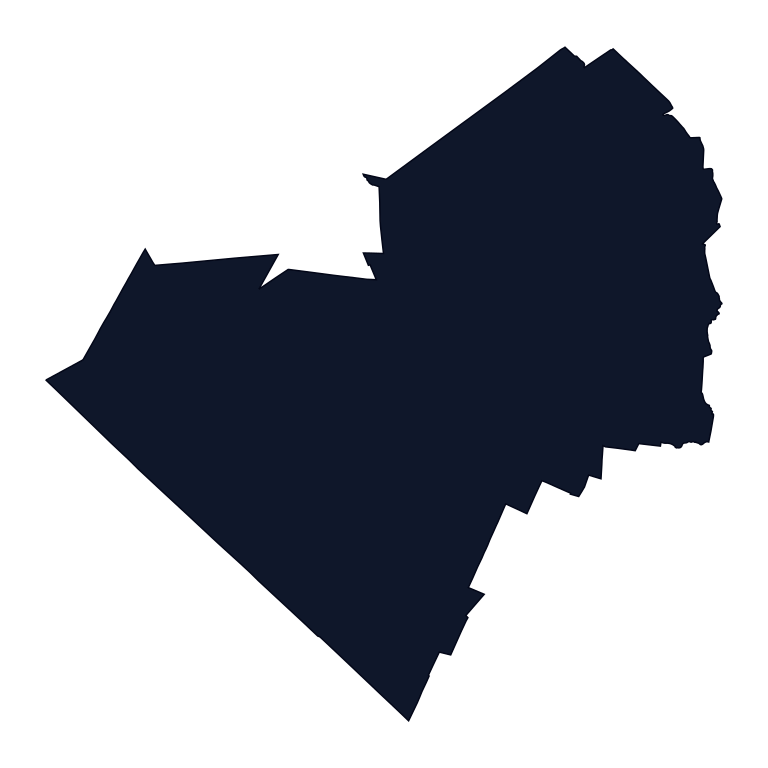 outline of Thoi Lai, Hau Giang, Vietnam
{"feature_id": "81297802B52248438909521", "entity_name": "Thoi Lai", "entity_type": "district", "adm_level": 2, "iso_a3": "VNM", "parent_name": "Vietnam", "parent_adm1": "Hau Giang", "projection": "orthographic", "projection_center": [105.583, 10.024], "detail": "fine", "context": "isolated", "style": "filled", "palette": "ink", "viewbox_px": 768, "rotation_deg": 0, "n_neighbors": 0, "source": "geoboundaries", "source_scale": "gbopen_adm2", "svg_char_len": 6063}
<svg xmlns="http://www.w3.org/2000/svg" viewBox="0 0 768 768"><path d="M578.7,496.5L582.1,491.0L583.6,488.4L584.4,487.2L588.6,475.1L601.0,478.8L601.8,465.0L601.9,462.9L602.0,459.8L602.4,454.7L603.0,445.6L605.4,446.8L617.4,448.2L630.8,450.0L635.2,450.7L638.8,443.6L660.4,446.1L660.7,444.2L660.9,442.2L661.6,442.4L662.9,442.8L664.1,443.1L665.7,443.2L666.7,443.2L668.0,443.2L669.1,443.4L669.9,443.5L671.1,443.9L672.5,444.5L674.4,445.8L675.2,446.4L675.3,446.6L675.1,446.9L675.2,447.1L675.4,447.3L675.7,447.5L675.9,447.5L676.3,447.8L676.6,447.9L676.8,447.9L677.1,447.8L677.4,447.7L677.6,447.7L678.1,447.8L678.9,447.9L679.8,447.7L680.4,447.5L680.8,447.2L681.3,446.7L681.8,445.9L682.5,444.1L683.0,443.6L683.5,443.2L684.4,443.0L685.4,442.9L686.1,442.8L686.7,442.7L687.2,442.4L688.1,441.9L688.4,441.7L688.7,441.6L688.9,441.5L689.4,441.6L690.8,442.1L691.5,442.1L691.8,442.0L692.4,441.8L692.8,441.6L693.1,441.6L693.6,441.7L694.5,442.2L695.0,442.3L695.4,442.3L695.7,442.0L696.3,442.4L696.7,442.6L697.4,442.9L698.1,443.0L699.0,443.4L700.3,444.5L700.9,444.7L701.4,444.7L702.2,444.4L703.0,443.9L704.0,443.0L704.6,442.5L705.7,442.0L706.6,441.7L707.3,441.7L708.4,441.9L708.7,442.0L710.9,431.2L713.4,416.7L713.5,414.8L713.3,414.2L713.0,413.9L712.4,413.8L711.8,413.8L711.9,413.1L712.2,412.4L712.4,411.6L711.9,411.1L711.2,410.6L710.8,410.2L711.0,409.6L711.1,408.8L711.1,408.4L710.0,407.6L709.4,407.0L709.4,406.3L709.3,405.4L708.5,405.1L707.6,404.7L706.4,404.0L705.3,402.8L704.4,401.2L703.6,399.0L702.7,394.9L702.3,393.7L701.8,393.0L701.1,392.7L701.5,389.3L701.9,383.9L702.7,370.0L702.9,367.8L703.2,361.2L703.2,357.8L703.5,357.2L704.0,356.8L708.1,355.2L711.1,354.0L711.4,353.3L711.7,351.4L711.6,350.4L710.8,349.3L710.4,348.4L710.1,347.2L710.0,345.4L709.3,343.3L708.5,341.6L708.0,339.1L707.6,336.7L707.7,335.3L707.4,333.8L707.1,331.3L707.2,328.6L707.3,327.6L707.7,326.9L707.9,325.8L708.0,325.2L708.6,324.6L708.9,323.8L709.0,323.4L709.7,323.3L710.6,323.4L711.1,322.8L711.3,321.8L711.2,320.7L711.3,320.0L711.7,319.7L712.4,319.7L713.8,319.8L714.6,319.4L715.4,319.2L715.6,318.8L715.7,317.6L715.9,316.6L716.4,315.8L717.7,314.5L718.5,314.1L719.1,313.8L719.1,313.4L718.9,312.8L718.4,312.2L717.5,311.4L717.1,311.1L717.1,310.2L717.3,309.7L717.9,308.6L718.9,308.1L719.7,307.4L720.2,306.7L720.4,305.3L720.7,304.6L721.2,304.2L721.8,303.9L721.9,303.6L721.8,303.2L721.5,302.8L720.8,302.1L720.2,301.3L719.6,300.3L719.4,299.6L719.4,298.9L719.3,298.3L719.1,297.4L719.1,296.9L719.1,296.3L718.8,295.7L717.6,293.6L716.9,292.9L716.2,292.6L715.4,291.9L714.8,290.6L713.3,286.4L710.9,280.3L710.1,278.8L709.7,277.6L707.2,265.2L705.7,257.8L704.8,253.9L704.7,252.9L704.7,250.3L704.8,249.4L704.8,248.2L704.7,247.2L704.8,246.5L705.2,245.7L705.2,245.1L705.1,244.8L702.5,243.8L720.1,226.6L720.0,226.3L719.3,224.3L719.1,223.9L718.7,223.8L717.9,224.0L717.3,224.1L716.7,223.8L716.6,223.3L716.7,222.8L717.1,221.5L717.1,220.9L717.0,220.4L717.3,215.0L717.6,213.0L718.0,211.6L718.8,208.7L721.7,199.1L721.7,198.5L721.3,197.5L718.4,191.2L716.6,187.8L715.5,185.1L714.1,182.3L713.4,181.4L713.2,180.9L713.2,180.3L712.8,179.7L712.5,178.8L712.5,177.9L712.8,175.9L712.8,173.7L712.6,172.3L712.4,171.5L712.5,170.0L712.1,169.4L711.5,168.8L711.0,168.7L709.9,168.6L708.7,168.7L703.9,169.3L703.3,169.2L703.1,168.6L702.9,166.9L703.5,154.5L703.7,150.2L703.6,148.8L702.8,145.8L701.8,143.8L700.6,141.2L700.2,140.2L700.0,138.8L699.9,137.7L699.5,137.5L698.1,137.5L691.1,137.8L690.1,137.6L689.7,137.3L689.3,136.5L688.8,135.8L687.2,133.8L685.6,131.5L684.8,130.1L683.7,128.4L682.4,127.1L679.2,123.5L678.6,122.7L676.3,120.2L672.5,116.4L671.5,115.7L670.5,115.6L669.7,115.6L669.0,115.3L668.3,114.8L667.5,114.6L666.6,114.8L664.9,115.4L664.1,115.5L663.3,115.2L663.0,114.7L663.2,114.1L664.1,113.5L666.3,112.5L669.2,111.0L671.6,109.2L672.7,108.2L672.5,107.3L671.6,105.9L669.9,102.7L668.6,101.0L651.9,85.3L642.8,76.6L640.4,74.2L637.9,71.9L631.8,66.3L627.2,62.1L625.9,60.8L623.6,58.8L618.6,54.1L613.9,49.6L613.1,48.9L612.2,49.8L611.0,49.8L610.4,50.1L600.3,56.9L584.4,67.7L583.9,67.0L584.5,64.8L584.2,63.6L583.6,62.7L582.3,61.5L580.4,60.4L580.1,59.9L577.4,57.1L576.7,56.3L576.1,56.2L575.1,56.2L574.5,56.2L565.0,47.2L563.5,48.2L561.9,49.0L560.3,50.0L546.5,60.9L537.2,68.2L503.9,93.0L466.2,120.6L463.3,122.7L424.4,151.2L388.1,177.9L386.1,179.3L363.2,174.2L363.5,175.0L363.8,175.8L364.4,176.6L364.9,177.0L365.9,177.4L366.5,177.7L366.8,178.3L367.0,178.9L367.0,179.7L367.3,180.3L368.0,180.7L368.5,181.2L368.9,182.0L369.3,182.7L370.1,183.4L371.4,184.3L372.7,185.0L373.4,185.0L374.0,185.0L375.0,185.3L379.1,186.7L379.8,203.1L379.8,203.9L380.1,220.6L380.5,226.3L382.0,240.4L383.5,253.5L369.3,253.1L363.4,253.0L368.4,265.3L370.1,264.8L376.3,279.7L366.7,279.3L358.8,278.3L332.8,275.2L332.3,275.1L331.4,275.0L330.5,274.9L328.4,274.6L311.7,272.4L289.1,269.5L288.1,269.5L275.5,277.9L258.8,289.3L267.1,274.4L278.2,254.5L234.5,258.2L184.7,262.9L181.5,263.2L169.1,264.2L154.8,265.4L152.7,262.2L150.9,259.0L149.2,256.1L146.6,251.6L145.2,249.1L143.3,252.2L138.9,260.0L137.4,262.6L134.6,267.6L131.6,273.1L128.3,278.8L126.6,282.0L123.1,288.1L121.2,291.6L117.8,297.8L116.1,300.9L114.2,304.1L112.1,308.1L110.4,311.3L106.4,318.2L104.5,321.3L103.6,322.8L100.0,329.2L99.0,331.2L94.4,339.8L93.4,341.5L83.2,359.5L82.2,360.3L69.2,367.4L46.5,379.7L46.1,380.2L56.6,390.2L78.2,411.1L110.9,442.8L129.5,460.3L131.1,461.9L138.2,469.0L162.8,491.9L186.7,514.0L217.8,543.0L239.6,562.8L250.2,572.6L258.5,580.8L276.7,597.7L301.5,620.7L317.8,636.1L319.3,636.6L320.2,637.1L338.6,654.4L359.3,674.0L379.2,692.9L398.2,710.8L408.6,720.8L412.3,713.1L417.3,702.7L419.8,696.8L422.0,691.4L426.5,681.9L429.1,676.0L428.4,675.2L433.1,665.1L439.3,652.1L450.7,654.9L461.5,630.7L466.1,620.9L467.9,617.7L465.8,615.5L480.2,598.9L484.2,594.3L468.3,587.6L472.7,578.1L477.6,566.9L481.8,558.2L484.3,552.3L485.8,549.3L487.7,545.1L489.5,540.5L490.5,538.2L493.6,531.4L496.5,524.9L497.6,522.6L505.7,503.9L515.8,508.5L526.9,513.7L531.3,503.8L534.8,495.9L538.6,487.7L538.9,487.0L541.9,480.7L545.6,482.1L557.3,487.3L568.6,492.3L570.6,493.0L570.3,494.1L578.7,496.5Z" fill="#0f172a" stroke="#020617" stroke-width="1.5"/></svg>